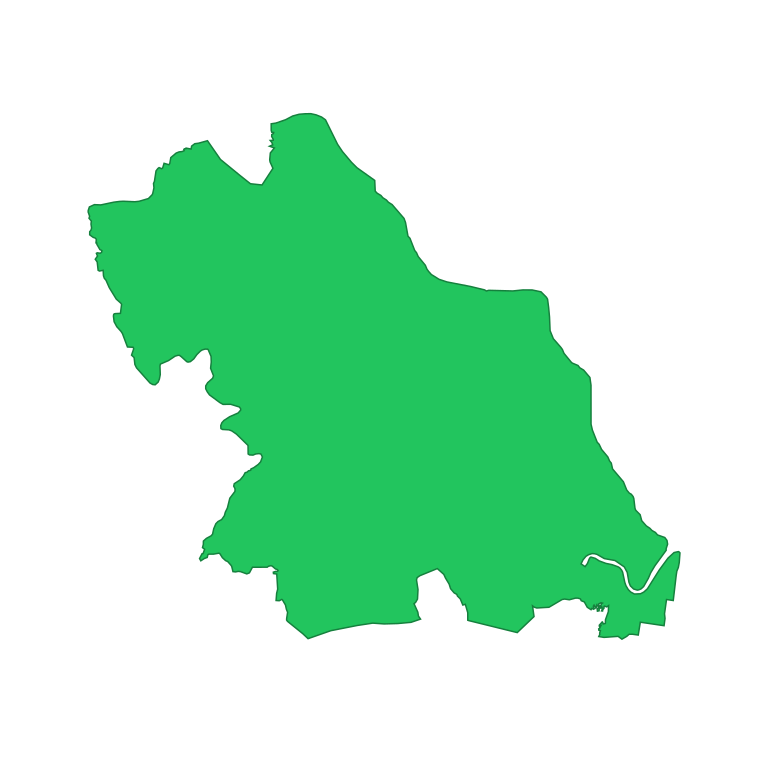 Yangon (East), Yangon, Myanmar (orthographic projection), rotated 276°
{"feature_id": "60261553B46723390806239", "entity_name": "Yangon (East)", "entity_type": "district", "adm_level": 2, "iso_a3": "MMR", "parent_name": "Myanmar", "parent_adm1": "Yangon", "projection": "orthographic", "projection_center": [96.224, 16.895], "detail": "fine", "context": "isolated", "style": "filled", "palette": "green", "viewbox_px": 768, "rotation_deg": 276, "n_neighbors": 0, "source": "geoboundaries", "source_scale": "gbopen_adm2", "svg_char_len": 6136}
<svg xmlns="http://www.w3.org/2000/svg" viewBox="0 0 768 768"><g transform="rotate(276 384 384)"><path d="M631.0,244.6L624.5,245.3L622.7,246.0L622.6,248.0L621.5,247.8L620.4,246.3L618.4,246.4L615.7,248.3L614.8,248.3L614.3,245.4L612.4,247.3L610.2,248.3L608.5,245.3L607.3,250.3L601.9,246.8L595.0,246.9L592.9,247.5L586.9,251.0L569.2,241.9L569.2,230.2L576.6,218.6L590.2,197.9L607.5,183.0L604.1,174.4L603.2,170.7L600.5,167.8L597.5,167.6L597.9,162.7L597.5,162.8L597.0,160.9L596.4,160.4L595.2,160.9L594.1,159.0L593.4,155.9L591.9,153.1L586.9,148.3L580.9,147.9L579.6,147.2L580.5,142.2L575.7,141.3L574.9,140.4L575.7,137.7L574.7,136.6L572.1,135.0L561.5,134.5L559.3,133.8L555.1,134.7L549.5,134.1L548.1,133.7L543.8,130.3L540.1,121.3L539.2,117.1L538.5,105.6L537.9,101.8L536.6,96.3L532.5,83.6L532.1,77.2L529.3,72.5L525.7,71.7L524.1,71.8L520.1,73.7L518.0,73.3L515.5,75.9L512.4,75.9L508.6,76.9L506.4,76.5L504.7,75.4L501.6,75.7L499.4,79.5L499.0,81.5L497.8,82.8L494.4,82.8L494.6,83.4L492.8,83.9L488.0,87.4L487.2,89.5L485.5,89.4L484.4,88.2L484.5,85.1L483.9,84.3L481.3,85.7L477.9,83.8L475.4,86.0L467.2,87.8L466.6,89.2L467.7,92.8L462.3,93.7L459.9,94.8L458.1,96.7L451.1,100.7L440.4,108.9L436.9,113.8L435.8,114.7L426.7,114.5L426.0,109.8L425.6,108.4L424.9,107.9L423.3,107.8L417.7,109.1L413.0,112.3L408.9,116.9L406.8,118.6L394.0,125.0L394.3,130.7L392.9,131.4L386.3,129.9L384.2,132.7L377.4,134.2L374.2,136.2L360.5,151.2L359.3,154.0L359.3,156.5L362.3,159.2L365.4,160.1L370.0,160.5L378.5,159.3L380.4,159.5L384.8,167.3L389.9,173.4L391.0,176.2L391.1,177.6L390.0,179.5L385.6,185.5L385.3,186.8L386.0,189.1L389.1,192.2L393.7,194.8L397.6,198.0L398.9,199.7L400.0,202.4L400.2,205.0L399.7,205.6L393.4,209.1L387.8,209.9L381.5,209.9L374.3,213.6L371.8,213.0L366.9,208.5L363.5,206.9L360.6,207.2L357.7,209.1L354.9,211.6L348.4,222.6L346.9,226.1L347.8,233.6L346.0,242.6L344.4,244.0L343.1,244.2L339.9,241.9L335.4,234.0L331.0,228.6L328.5,226.8L325.6,226.0L322.6,226.5L321.9,228.1L322.2,234.6L321.5,237.4L318.8,242.4L308.7,255.2L300.2,256.2L299.4,257.7L299.6,261.2L301.0,263.7L301.7,266.9L301.5,268.9L298.7,270.7L293.6,269.4L290.8,267.3L287.1,263.1L285.6,260.6L284.2,260.4L283.5,258.3L282.0,257.0L281.3,255.2L277.9,253.8L273.7,251.0L269.2,245.5L266.7,245.2L264.3,246.8L261.6,247.0L254.3,242.6L244.3,241.2L240.0,239.6L236.3,239.0L232.2,236.7L229.9,233.3L227.5,231.4L222.3,229.8L216.8,229.2L215.0,228.0L211.9,223.5L208.9,220.8L205.6,221.1L202.3,220.6L200.9,222.9L196.5,221.8L196.2,220.8L191.1,218.8L189.0,220.3L191.7,223.6L193.0,226.3L195.9,226.7L196.5,227.6L197.0,232.3L198.5,237.5L198.0,238.6L194.4,241.4L191.8,244.9L191.1,247.1L187.8,250.7L186.7,251.6L181.6,253.4L181.6,256.0L182.4,258.6L182.4,260.9L180.8,267.4L182.1,269.9L188.0,272.3L189.6,287.0L190.7,288.2L191.5,290.7L191.1,292.0L188.7,295.4L188.4,297.2L187.4,298.2L186.5,297.7L186.3,295.8L185.3,293.6L183.9,293.9L183.8,297.2L168.9,299.7L164.6,299.1L157.4,299.3L157.5,302.5L159.1,304.9L158.8,305.5L153.9,309.1L149.7,310.5L146.9,312.0L140.7,311.7L139.1,311.8L137.9,312.8L127.2,329.3L122.8,335.1L133.1,356.9L141.1,382.8L145.0,397.8L145.4,409.2L147.2,422.6L149.8,435.8L154.0,444.9L156.8,442.5L160.6,441.5L168.7,436.8L170.0,438.2L173.6,439.8L183.1,439.3L192.6,436.8L194.9,437.2L197.1,439.7L206.0,456.3L200.9,463.4L197.5,465.4L191.8,469.7L187.4,471.6L183.6,475.6L182.4,478.4L180.8,479.2L178.3,482.3L172.4,485.5L173.4,487.9L165.3,491.2L157.8,492.0L157.5,493.3L150.7,542.5L168.4,557.5L178.9,554.9L177.8,556.7L177.2,559.3L179.2,571.4L188.3,583.7L189.0,586.1L188.8,590.9L191.1,596.9L191.3,599.3L190.8,601.8L189.1,602.8L188.2,606.0L183.2,609.5L181.2,613.5L182.6,614.2L181.9,615.8L182.5,616.8L184.1,615.5L185.2,615.5L186.1,616.0L184.7,617.0L184.8,617.6L183.7,618.0L184.5,618.7L186.5,618.8L185.6,619.8L185.7,620.3L186.4,620.9L187.6,620.3L189.2,622.7L188.9,624.1L188.2,623.3L186.6,622.9L184.6,620.9L183.8,621.1L183.0,619.4L180.4,620.0L180.9,621.6L183.6,621.5L183.6,622.4L185.2,623.6L184.8,624.3L183.7,624.1L182.6,624.6L181.1,624.1L181.1,625.1L182.5,625.2L183.9,626.2L185.9,626.1L186.2,626.6L185.6,628.8L187.1,630.5L181.0,630.9L172.7,628.9L169.0,629.2L168.3,627.1L169.9,626.4L170.2,625.9L166.6,623.3L166.2,623.7L166.5,625.0L165.7,624.7L165.3,623.7L164.2,624.4L162.9,623.1L161.5,623.5L161.4,625.0L158.8,624.5L157.6,624.8L155.3,624.0L155.0,629.3L157.5,643.2L155.1,647.3L158.4,651.8L160.7,653.9L161.1,657.2L160.9,663.1L173.9,663.8L172.9,687.8L180.2,688.0L184.8,687.0L199.2,687.5L198.9,694.3L224.2,694.6L228.5,694.8L232.3,695.9L237.3,696.3L247.0,696.0L247.8,695.1L248.1,694.3L246.7,690.1L240.6,684.7L228.0,677.3L207.9,667.4L204.2,664.1L202.2,661.0L201.3,655.0L202.9,651.1L205.1,648.4L208.7,645.7L211.9,644.2L221.8,641.0L223.6,639.9L225.8,637.7L226.7,635.8L228.2,629.6L228.8,623.4L230.6,616.4L232.7,612.3L233.5,607.9L232.9,607.1L231.5,606.4L226.8,605.1L223.4,603.1L225.7,598.8L229.9,600.3L233.7,602.8L235.7,605.4L237.1,608.7L237.2,611.3L236.8,613.7L233.4,621.4L232.6,632.2L227.2,642.1L222.0,645.6L212.5,648.3L209.0,650.1L206.2,653.7L205.5,657.4L205.9,658.9L207.1,661.1L209.7,663.4L218.4,667.2L224.2,669.0L231.7,672.5L248.1,682.0L249.7,681.8L254.4,682.8L258.0,681.8L260.7,679.3L262.5,671.8L264.6,669.6L266.4,665.7L268.3,663.5L270.3,659.7L275.0,654.6L280.8,652.4L284.7,647.6L286.6,646.6L296.3,644.4L298.1,643.5L300.2,641.5L301.1,639.4L303.9,636.5L311.8,632.3L323.4,620.2L329.1,618.3L331.0,616.4L334.9,614.2L341.7,607.2L346.5,604.3L348.4,602.1L359.9,596.1L365.7,594.1L404.4,590.0L412.0,588.1L418.7,581.1L420.6,577.0L422.7,575.0L424.5,569.0L425.4,567.8L433.3,559.8L437.0,557.8L439.1,555.9L446.7,547.7L454.4,543.6L468.0,541.6L477.5,539.7L485.4,537.8L487.2,536.5L492.1,530.5L493.0,521.6L492.1,512.4L490.0,502.4L488.1,478.3L487.2,476.1L488.1,474.2L490.0,460.1L492.1,435.9L493.9,427.7L495.8,423.9L497.8,419.7L500.6,416.6L502.7,414.7L506.4,412.7L514.3,404.7L518.0,402.6L520.0,400.6L531.6,394.6L533.5,392.4L546.9,388.5L550.8,386.6L563.3,373.3L565.2,369.4L567.2,367.2L569.1,363.4L571.2,361.2L573.0,357.3L574.9,355.1L585.5,353.5L596.2,334.6L601.1,328.5L610.7,318.5L617.5,312.8L640.6,298.2L643.0,294.0L644.6,288.2L645.2,282.9L644.5,277.3L643.4,271.4L641.0,265.2L636.5,258.4L632.2,249.2L631.0,244.6Z" fill="#22c55e" stroke="#15803d" stroke-width="1.5"/></g></svg>